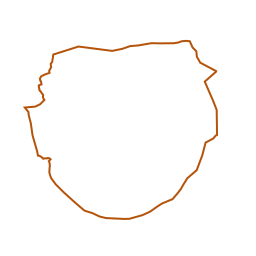 outline of Makurdi, Benue, Nigeria, rotated 349°
{"feature_id": "59680162B75733324884372", "entity_name": "Makurdi", "entity_type": "district", "adm_level": 2, "iso_a3": "NGA", "parent_name": "Nigeria", "parent_adm1": "Benue", "projection": "mercator", "projection_center": [8.495, 7.701], "detail": "fine", "context": "isolated", "style": "outline", "palette": "amber", "viewbox_px": 256, "rotation_deg": 349, "n_neighbors": 0, "source": "geoboundaries", "source_scale": "gbopen_adm2", "svg_char_len": 1463}
<svg xmlns="http://www.w3.org/2000/svg" viewBox="0 0 256 256"><g transform="rotate(349 128 128)"><path d="M48.5,69.2L48.5,69.5L48.5,70.1L48.4,70.6L48.3,70.8L48.3,71.5L48.4,72.4L48.5,72.8L48.2,73.3L48.3,73.9L48.7,74.9L49.2,75.2L49.5,76.2L50.1,77.7L50.5,78.2L51.0,79.5L50.8,80.1L50.6,80.7L50.5,81.4L50.4,82.2L51.3,84.5L46.3,87.9L41.1,89.3L30.6,88.2L33.3,93.3L33.0,96.2L33.5,104.9L32.9,116.9L34.4,134.1L34.3,137.9L35.0,138.1L35.6,138.4L35.8,138.4L36.1,138.7L37.3,139.8L37.5,140.0L38.1,140.7L38.7,141.4L38.9,142.0L40.2,141.9L41.0,142.0L42.5,142.4L43.2,142.1L44.6,142.5L45.5,143.2L46.0,143.9L44.0,145.4L44.2,145.7L44.3,148.0L44.0,150.5L43.5,152.0L42.3,156.5L42.6,160.1L43.1,162.8L46.4,169.7L53.0,179.4L62.5,192.0L69.5,200.8L77.0,204.9L83.1,209.4L89.2,212.2L106.3,216.4L112.1,217.4L125.5,216.3L133.5,214.4L142.0,210.6L147.0,208.6L158.2,206.3L164.5,201.3L168.5,197.7L171.1,194.6L176.7,188.6L187.4,182.5L195.6,169.2L201.4,157.1L209.7,154.6L212.6,152.2L214.1,151.8L218.5,127.2L216.6,116.9L212.2,97.1L225.1,89.6L225.4,89.0L211.3,77.6L210.7,75.5L209.2,71.3L209.7,65.6L206.8,61.4L205.2,54.6L201.5,53.5L197.0,53.1L193.8,53.7L191.7,53.6L188.6,53.5L185.8,52.9L181.6,52.1L176.9,51.3L167.1,49.2L158.0,49.0L153.6,48.9L145.6,48.0L145.2,48.1L137.5,49.2L127.2,49.3L95.0,38.6L68.7,41.6L66.2,48.7L64.3,50.4L64.2,53.6L61.5,56.9L61.5,58.9L56.2,59.7L52.7,60.7L50.9,62.8L51.0,65.0L51.5,65.7L51.4,68.7L51.1,68.8L50.3,68.8L48.5,69.2Z" fill="none" stroke="#b45309" stroke-width="2"/></g></svg>